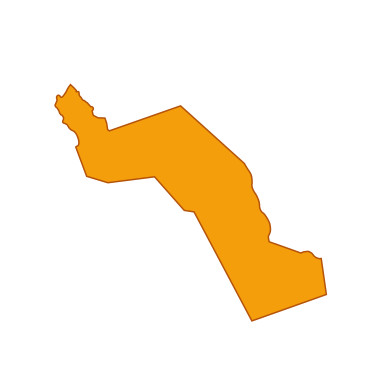 Dulce Nombre, Copán, Honduras, rotated 159°
{"feature_id": "27666195B52269528402042", "entity_name": "Dulce Nombre", "entity_type": "district", "adm_level": 2, "iso_a3": "HND", "parent_name": "Honduras", "parent_adm1": "Copán", "projection": "equal_earth", "projection_center": [-88.827, 14.864], "detail": "fine", "context": "isolated", "style": "filled", "palette": "amber", "viewbox_px": 384, "rotation_deg": 159, "n_neighbors": 0, "source": "geoboundaries", "source_scale": "gbopen_adm2", "svg_char_len": 5720}
<svg xmlns="http://www.w3.org/2000/svg" viewBox="0 0 384 384"><g transform="rotate(159 192 192)"><path d="M284.7,244.4L267.2,230.8L221.5,219.6L205.8,177.6L197.2,172.7L182.3,50.2L103.3,48.2L95.2,83.6L95.6,83.7L95.9,83.8L96.4,83.9L96.5,83.9L96.9,84.1L97.5,84.5L98.2,85.0L98.7,85.4L99.2,85.9L99.6,86.3L99.9,86.6L100.1,86.9L100.4,87.4L100.6,87.8L100.9,88.3L101.0,88.6L101.2,89.1L101.3,89.4L101.5,90.1L101.7,90.7L101.9,91.4L102.2,92.0L102.4,92.3L102.7,92.6L103.1,93.2L103.6,93.8L104.0,94.3L104.4,94.6L104.7,94.8L104.9,94.9L105.1,95.0L105.3,95.1L106.7,95.5L107.5,95.7L108.4,95.9L108.8,96.0L109.4,96.1L109.9,96.1L111.0,96.1L112.2,96.0L137.7,117.8L137.6,119.0L137.5,119.7L137.3,120.9L137.0,121.9L137.0,122.2L136.9,122.5L136.7,122.9L136.5,123.3L136.1,123.8L135.9,124.0L135.5,124.3L135.0,124.8L134.5,125.3L134.0,125.9L133.6,126.4L133.1,127.0L132.8,127.6L132.5,128.2L132.2,128.8L132.0,129.3L131.8,130.0L131.6,130.7L131.2,132.1L131.0,133.5L130.9,134.1L130.8,134.3L130.8,134.8L130.8,135.6L130.8,136.3L130.8,136.8L130.8,137.3L130.9,138.1L131.1,139.3L131.3,140.7L131.4,141.4L131.7,142.7L131.9,143.4L132.1,144.3L132.3,145.0L132.5,145.6L132.8,146.2L133.0,146.6L133.3,147.2L133.7,147.7L133.9,148.1L134.0,148.4L134.2,148.9L134.3,149.4L134.4,150.0L134.5,150.6L134.5,151.1L134.5,151.8L134.5,152.4L134.4,152.9L134.3,153.5L134.2,154.0L134.1,154.4L133.7,155.5L133.6,156.0L133.4,156.4L133.3,157.1L133.1,157.8L133.0,158.5L132.9,159.2L132.9,160.0L132.8,160.7L132.8,161.2L132.9,163.3L132.9,164.3L133.0,165.1L133.1,165.9L133.2,166.6L133.3,167.1L133.6,168.4L133.8,169.3L134.0,170.2L134.1,171.1L134.2,172.0L134.2,172.4L134.2,173.1L134.2,174.1L134.2,174.8L134.1,175.1L134.1,175.4L134.0,175.8L133.9,176.1L133.8,176.5L133.7,176.9L133.5,177.3L133.1,178.0L132.9,178.3L132.7,178.9L132.5,179.3L132.1,180.4L131.9,181.1L131.5,182.3L131.3,183.1L131.2,183.6L131.1,184.0L130.9,184.6L130.9,185.0L130.8,185.7L130.7,186.3L130.7,186.7L130.7,187.3L130.7,187.9L130.8,188.5L130.9,189.3L131.1,190.4L131.3,191.2L131.6,192.6L131.8,193.3L132.1,194.8L132.5,197.1L132.8,198.7L132.8,199.2L132.8,199.6L171.8,276.5L247.3,278.7L248.4,280.5L247.0,287.0L246.8,292.2L253.1,294.9L256.6,298.8L256.6,299.4L256.6,300.1L256.6,300.6L256.5,301.1L256.4,301.7L256.4,302.2L256.1,303.4L256.0,303.6L255.9,303.7L255.8,303.8L255.7,303.9L255.4,303.9L255.3,304.0L255.2,304.0L254.9,304.2L254.8,304.4L254.6,304.7L254.4,305.0L254.2,305.3L254.1,305.6L254.1,305.8L254.1,306.0L254.2,306.3L254.3,306.6L254.4,306.8L254.6,307.1L254.8,307.3L254.9,307.5L255.1,307.6L255.3,307.6L255.5,307.7L255.8,307.8L255.9,308.0L256.0,308.3L256.2,308.6L256.5,309.3L256.6,309.6L257.0,310.6L257.2,311.0L257.4,311.8L257.5,312.0L257.6,312.3L257.7,312.6L257.9,312.9L258.4,313.6L258.7,314.0L259.0,314.5L259.5,315.5L259.8,315.9L259.9,316.0L260.3,316.3L260.6,316.6L260.9,316.9L261.1,317.2L261.2,317.3L261.2,317.5L261.3,317.8L261.5,318.9L261.8,320.3L261.9,320.6L262.0,320.8L262.2,321.2L262.3,321.6L262.5,322.1L262.6,322.6L262.5,323.0L262.2,324.1L262.0,324.8L261.9,325.3L261.9,325.5L261.8,325.8L261.9,326.0L262.0,326.4L262.1,326.5L262.3,326.6L262.8,326.7L263.1,326.7L263.3,326.8L263.6,326.9L263.8,326.9L263.9,327.0L264.0,327.1L264.1,327.4L264.0,327.5L263.8,327.9L263.8,328.0L263.7,328.2L263.7,328.4L263.7,328.5L263.8,328.7L263.8,328.8L264.3,330.0L264.6,330.6L264.9,331.6L265.1,331.9L265.8,333.3L266.1,334.1L267.0,335.8L267.5,335.4L268.1,335.1L269.3,334.3L269.7,334.1L270.4,333.5L271.8,332.4L272.6,331.6L273.7,330.6L274.2,330.2L274.8,329.8L276.5,328.6L277.0,328.3L277.7,327.9L278.3,327.5L278.7,327.4L278.9,327.3L279.2,327.2L279.4,327.2L279.8,327.2L280.1,327.3L280.4,327.5L280.5,327.6L280.7,328.0L280.8,328.2L280.8,328.6L280.9,328.8L280.9,329.0L281.0,329.1L281.2,329.4L281.3,329.6L281.5,329.8L281.7,330.0L282.0,330.2L282.2,330.3L282.4,330.3L282.5,330.3L282.9,330.3L283.1,330.2L283.5,330.0L283.7,329.9L283.8,329.8L284.0,329.6L284.2,329.4L284.4,329.1L284.5,328.9L284.6,328.7L284.8,328.1L284.8,327.7L284.8,327.3L284.9,327.1L284.9,326.9L285.0,326.6L285.1,326.3L285.2,326.1L285.3,325.8L285.4,325.6L285.6,325.4L285.7,325.2L287.0,323.9L287.5,323.4L287.9,323.0L288.2,322.7L288.6,322.3L288.7,322.2L288.8,322.0L288.8,321.9L288.8,321.6L288.8,321.3L288.8,321.1L288.8,320.7L288.7,320.4L288.6,320.1L288.5,319.9L288.4,319.6L288.2,319.3L288.1,319.2L287.9,319.0L287.8,318.7L287.7,318.1L287.5,317.1L287.3,316.2L287.3,315.7L287.2,315.1L287.2,314.8L287.2,314.4L287.3,313.4L287.3,313.2L287.2,313.0L287.2,312.6L287.1,312.3L286.9,311.7L286.8,311.2L286.5,311.0L286.3,310.8L286.1,310.6L285.9,310.3L285.8,310.1L285.7,309.9L285.6,309.5L285.5,309.0L285.4,308.4L285.3,308.0L285.3,307.8L285.4,307.6L285.4,307.3L285.5,306.8L285.7,306.4L285.9,306.1L286.1,305.8L286.3,305.5L286.7,305.2L286.9,305.0L287.0,304.8L287.2,304.5L287.3,304.3L287.5,304.0L287.5,303.8L287.6,303.6L287.6,303.4L287.6,303.2L287.5,302.8L287.4,302.7L287.2,302.4L286.6,301.9L286.3,301.7L286.0,301.4L285.7,301.1L285.4,300.7L285.0,300.3L284.7,299.9L284.3,299.2L284.2,298.4L284.1,297.7L284.0,297.0L283.9,296.5L283.8,296.1L283.7,295.6L283.5,295.1L283.3,294.7L283.1,294.3L282.9,293.9L282.7,293.5L282.4,293.1L282.2,292.9L282.0,292.6L281.7,292.4L281.3,291.9L281.1,291.7L280.9,291.5L280.6,291.1L280.4,290.7L280.2,290.5L280.0,290.1L279.8,289.6L279.7,289.2L279.6,288.7L279.4,288.2L279.3,287.7L279.2,287.1L279.2,286.8L279.1,286.2L279.1,285.6L279.1,285.0L279.0,284.3L279.1,283.4L279.1,282.8L279.1,282.3L279.2,281.9L279.2,281.4L279.3,281.0L279.4,280.5L279.5,279.9L279.6,279.4L279.8,279.1L279.9,278.7L280.1,278.2L280.2,277.9L280.4,277.6L280.6,277.3L280.7,277.1L280.9,276.9L281.1,276.7L281.3,276.5L281.4,276.4L281.6,276.3L281.8,276.2L282.0,276.1L282.3,276.0L282.6,276.0L283.1,276.0L283.3,276.0L283.7,275.9L283.9,275.8L284.1,275.7L284.4,275.6L284.7,244.4Z" fill="#f59e0b" stroke="#b45309" stroke-width="1.5"/></g></svg>